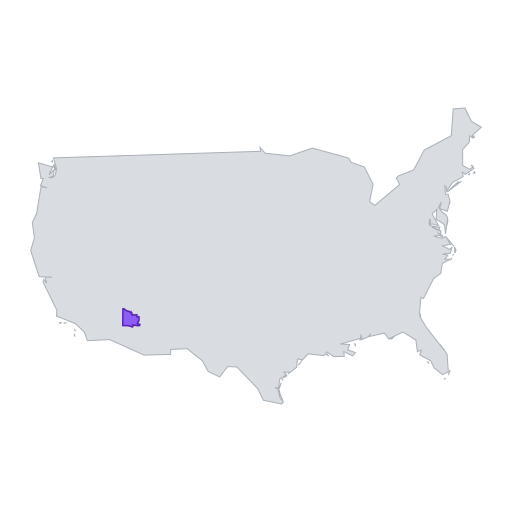 Yavapai, Arizona, United States of America (highlighted)
{"feature_id": "52423323B41142242539063", "entity_name": "Yavapai", "entity_type": "district", "adm_level": 2, "iso_a3": "USA", "parent_name": "United States of America", "parent_adm1": "Arizona", "projection": "albers", "projection_center": [-112.227, 34.707], "detail": "fine", "context": "in_parent", "style": "filled", "palette": "violet", "viewbox_px": 512, "rotation_deg": 0, "n_neighbors": 0, "source": "geoboundaries", "source_scale": "gbopen_adm2", "svg_char_len": 4824}
<svg xmlns="http://www.w3.org/2000/svg" viewBox="0 0 512 512"><path d="M424.2,150.0L451.3,135.7L453.2,108.9L465.0,108.0L471.3,121.2L481.3,127.2L472.2,135.3L472.7,138.0L469.7,135.7L469.3,142.2L462.6,149.6L462.7,165.6L469.9,169.3L472.8,167.1L470.9,165.0L472.4,165.7L473.9,168.4L465.4,174.4L462.4,172.1L463.2,176.7L452.8,182.2L446.7,190.9L446.4,187.5L444.8,185.8L445.5,194.1L448.3,194.5L449.9,201.0L447.4,211.3L439.6,208.6L441.3,202.1L438.5,207.2L442.3,212.3L445.9,214.6L447.7,218.0L445.5,233.9L444.6,224.8L436.1,219.1L436.8,209.4L432.1,214.0L438.5,225.5L431.8,223.8L430.0,224.9L430.4,220.4L429.8,219.3L429.1,223.0L429.9,225.6L439.9,227.3L438.8,230.2L433.6,227.2L431.9,227.0L438.4,230.5L440.8,230.7L440.7,234.3L437.3,232.8L443.0,236.0L442.2,237.0L439.4,235.3L433.9,236.1L441.9,238.3L445.8,236.6L454.0,246.4L447.3,239.0L450.4,244.3L442.4,245.9L449.9,249.5L452.0,246.9L450.4,253.2L442.5,254.1L447.9,255.2L444.9,259.1L450.2,259.3L442.3,263.5L440.8,273.3L433.7,278.4L423.5,298.5L420.9,297.4L419.5,313.2L420.1,316.8L425.8,326.6L447.1,354.1L448.3,371.8L442.6,374.7L434.0,367.8L430.7,360.8L419.7,354.8L421.4,350.2L417.4,351.6L415.9,340.1L403.0,332.0L388.7,338.9L384.3,333.1L369.4,336.5L370.6,333.5L368.6,336.6L362.2,339.5L360.9,334.5L360.7,338.3L340.4,344.0L349.7,344.5L347.7,349.8L355.4,352.7L352.6,355.9L343.8,351.6L344.3,356.4L333.7,356.6L326.8,351.9L324.0,355.6L308.2,353.9L300.6,361.9L302.5,359.8L297.5,358.9L296.5,367.3L288.1,374.0L290.0,372.1L283.9,372.2L286.4,374.6L279.8,379.1L278.4,388.4L275.0,387.4L278.1,389.4L279.8,397.5L283.4,402.0L281.5,404.0L263.3,400.2L257.9,388.8L236.9,367.0L227.6,366.6L219.7,376.9L208.2,371.5L202.4,360.8L187.1,348.7L170.6,349.4L170.7,354.4L144.0,355.1L109.7,339.6L87.3,340.7L84.5,332.2L75.5,323.7L56.5,316.1L56.8,310.1L43.0,282.0L43.8,279.3L46.7,283.1L45.2,277.1L52.0,277.2L39.2,276.7L30.7,250.6L34.4,237.7L32.3,222.6L36.6,213.5L41.1,186.4L47.0,187.8L40.5,185.7L43.2,178.6L40.9,178.4L38.4,162.8L52.7,167.0L49.1,174.7L54.3,169.5L53.3,176.1L49.6,177.4L52.1,178.0L55.1,175.5L56.6,168.8L53.5,157.9L260.6,151.3L260.0,147.3L265.1,153.2L289.6,155.9L312.3,148.1L348.6,158.0L351.2,162.4L364.2,166.8L373.1,184.3L369.6,201.6L374.8,205.4L399.7,184.5L396.3,178.0L398.4,175.9L413.7,169.9L424.2,150.0ZM457.3,183.9L461.6,181.1L446.9,192.2L458.4,181.4L457.3,183.9ZM54.1,164.5L55.6,168.9L55.4,169.6L53.1,166.1L54.1,164.5ZM282.9,400.6L279.6,393.8L279.1,389.7L280.1,393.9L282.9,400.6ZM473.5,135.3L474.4,137.4L473.5,137.3L473.5,135.3ZM327.4,354.0L328.2,355.5L326.3,354.5L327.4,354.0ZM63.5,323.4L65.8,322.6L66.0,322.9L63.5,323.4ZM61.2,322.6L60.2,323.7L59.5,322.6L61.2,322.6ZM469.8,172.9L469.1,174.8L468.6,174.6L469.8,172.9ZM279.9,385.8L279.1,389.2L281.3,382.5L279.9,385.8ZM440.5,344.9L444.6,350.4L439.9,344.5L440.5,344.9ZM74.6,329.6L75.5,331.4L74.5,329.7L74.6,329.6ZM449.6,372.4L448.3,375.0L450.1,369.9L449.6,372.4ZM456.0,250.0L455.0,253.1L454.4,246.8L456.0,250.0ZM52.4,160.8L52.3,162.1L51.6,161.4L52.4,160.8ZM286.7,375.9L283.6,377.9L286.7,375.4L286.7,375.9ZM474.4,171.6L475.0,173.1L473.5,173.3L474.4,171.6ZM74.3,334.5L75.0,336.7L74.0,334.7L74.3,334.5ZM283.0,379.2L281.8,380.3L282.7,378.8L283.0,379.2ZM447.9,220.8L447.2,224.8L447.8,219.5L447.9,220.8ZM299.9,363.5L298.0,365.2L300.6,362.4L299.9,363.5ZM420.4,314.7L420.8,317.4L420.0,315.7L420.4,314.7ZM451.0,259.5L450.5,260.2L451.8,257.6L451.0,259.5ZM393.9,336.8L391.8,338.9L390.7,338.9L393.9,336.8ZM361.1,339.3L360.8,339.8L359.3,340.1L361.1,339.3ZM428.0,361.9L428.9,363.6L427.4,361.6L428.0,361.9ZM355.5,344.5L355.5,346.3L354.6,343.3L355.5,344.5ZM445.2,378.6L443.8,379.3L445.6,378.1L445.2,378.6ZM449.9,202.3L449.6,204.2L449.9,201.6L449.9,202.3ZM453.7,254.1L453.1,255.0L452.9,255.0L453.7,254.1Z" fill="#d9dde1" stroke="#a8b0b8" stroke-width="1"/><path d="M122.8,322.1L122.7,325.6L128.1,325.7L131.0,326.5L132.4,327.0L132.5,326.8L132.7,326.7L132.8,326.6L132.8,326.4L132.7,326.3L133.0,326.0L133.2,325.8L133.3,325.6L133.5,325.5L133.4,325.3L133.5,325.2L133.4,325.1L136.2,325.5L137.4,325.7L139.6,325.6L139.6,325.2L139.8,324.8L139.6,324.6L139.8,324.4L139.7,324.2L137.6,324.0L137.5,323.9L137.7,323.7L137.8,323.5L137.6,323.3L137.7,323.0L137.9,322.7L138.0,322.5L138.0,322.4L137.9,322.5L137.8,322.4L138.0,322.3L138.0,322.1L138.0,321.8L138.1,321.6L138.0,321.4L138.4,321.2L138.5,321.1L139.0,320.8L139.0,320.4L139.0,320.1L139.0,318.6L139.0,316.8L137.8,316.8L136.9,316.8L136.9,316.6L136.9,314.8L136.6,314.9L134.8,314.9L134.7,314.9L131.9,314.9L131.9,313.0L130.9,313.0L130.9,312.2L130.9,311.8L130.6,312.0L130.4,312.0L130.0,312.0L129.7,311.9L129.5,311.7L129.3,311.6L129.3,311.4L129.2,311.3L128.8,311.2L128.6,311.2L128.3,311.3L128.1,311.2L127.7,311.1L127.0,310.8L126.4,310.7L126.1,310.3L125.1,309.6L124.6,309.3L124.5,309.1L124.3,309.0L124.1,309.0L123.9,309.0L123.6,308.7L123.2,308.7L122.9,308.8L122.9,309.0L122.8,317.4L122.8,322.1Z" fill="#8b5cf6" stroke="#5b21b6" stroke-width="1.5"/></svg>